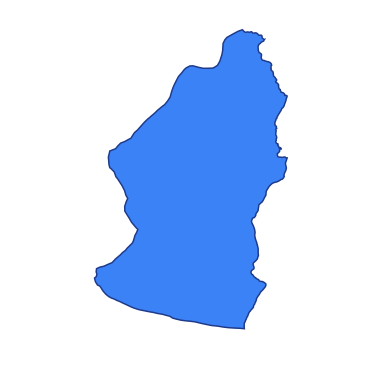 outline of Phaxay, Xiangkhoang, Laos, rotated 256°
{"feature_id": "54806243B24491870004001", "entity_name": "Phaxay", "entity_type": "district", "adm_level": 2, "iso_a3": "LAO", "parent_name": "Laos", "parent_adm1": "Xiangkhoang", "projection": "equal_earth", "projection_center": [103.113, 19.269], "detail": "fine", "context": "isolated", "style": "filled", "palette": "blue", "viewbox_px": 384, "rotation_deg": 256, "n_neighbors": 0, "source": "geoboundaries", "source_scale": "gbopen_adm2", "svg_char_len": 6009}
<svg xmlns="http://www.w3.org/2000/svg" viewBox="0 0 384 384"><g transform="rotate(256 192 192)"><path d="M310.1,291.9L310.8,291.1L311.3,290.8L313.2,290.6L316.9,291.2L317.7,291.6L318.1,292.0L318.6,292.2L319.0,292.6L319.9,294.5L320.3,295.0L320.7,295.7L321.0,297.5L321.3,298.2L321.8,298.5L322.2,298.8L322.3,299.1L322.5,299.3L322.5,299.2L323.0,298.4L323.6,298.0L324.5,297.5L325.2,297.4L326.0,297.6L326.7,297.6L327.1,297.4L327.4,297.1L327.6,296.4L327.7,295.7L327.9,294.9L328.3,294.5L329.5,294.0L330.5,293.1L330.9,292.6L331.1,292.0L331.2,290.5L331.4,289.8L331.6,289.4L332.6,288.9L333.1,288.5L333.2,287.6L333.1,286.7L333.1,286.1L333.8,285.0L333.9,284.2L334.0,282.9L334.1,282.4L334.4,282.0L334.8,281.6L336.9,280.4L337.3,280.0L337.2,279.9L336.8,275.6L335.4,270.0L333.5,263.2L331.6,260.6L328.6,258.1L321.9,256.0L318.5,254.5L312.4,250.8L310.5,249.1L308.7,247.3L307.7,244.4L307.2,242.4L307.8,239.1L309.4,232.6L311.2,228.9L313.2,225.3L314.3,223.2L314.8,220.3L313.8,216.3L312.5,213.9L310.5,211.4L307.3,206.8L303.0,203.0L300.4,200.8L298.1,199.0L294.3,196.5L289.5,193.8L286.4,190.6L283.3,186.5L282.5,184.4L279.7,178.5L277.3,174.4L273.6,166.9L271.7,163.5L269.8,160.6L265.3,154.1L263.6,150.7L261.9,148.8L259.0,145.8L258.4,143.3L257.2,138.8L256.7,134.6L254.6,131.1L252.5,128.4L251.7,122.2L246.1,119.3L238.7,118.1L235.5,118.1L233.9,119.3L230.3,121.4L225.2,121.9L222.6,123.1L215.3,125.6L209.8,126.9L204.8,127.1L201.3,128.1L198.6,125.9L194.3,123.2L189.7,122.2L181.6,124.8L177.3,126.0L171.5,128.8L168.8,130.4L166.2,128.5L163.6,126.1L159.2,123.6L156.9,121.8L153.2,115.5L151.4,113.2L150.0,109.9L148.4,107.4L145.7,101.9L142.8,97.4L142.0,92.2L141.3,88.7L141.4,84.4L140.7,80.8L137.7,79.7L135.2,79.8L133.1,78.7L132.1,76.6L128.3,76.6L124.6,77.8L123.3,79.5L122.3,80.1L117.5,81.7L113.6,83.7L111.2,85.5L109.5,87.1L108.3,88.6L107.4,90.0L106.0,91.8L105.0,92.8L103.9,94.5L102.3,96.5L100.9,98.1L98.8,100.8L94.8,105.7L93.1,108.1L90.5,112.4L85.9,122.1L84.4,125.6L82.9,128.3L80.3,134.2L78.8,136.7L76.9,140.3L74.1,143.0L73.7,143.9L72.8,145.4L70.3,150.3L68.9,153.8L66.9,159.3L65.3,163.5L61.9,170.0L57.8,178.5L55.6,184.6L53.3,189.9L51.4,195.0L50.0,199.4L48.2,205.4L46.7,209.7L47.0,209.7L49.7,210.3L51.5,210.8L52.4,211.3L53.3,212.2L54.6,213.0L55.7,214.0L57.1,214.9L58.2,216.1L59.1,216.5L59.5,217.0L60.4,217.5L61.3,218.2L61.7,218.7L62.4,219.8L63.6,221.1L64.0,222.0L65.3,223.7L66.2,224.0L67.3,224.7L68.3,225.9L68.9,226.1L69.2,226.3L69.8,227.0L70.1,227.3L70.7,227.5L71.6,228.3L73.0,228.8L75.5,231.4L76.1,232.3L76.8,233.0L77.7,233.6L77.9,233.9L78.7,235.0L80.1,237.3L82.3,240.2L83.1,240.8L83.9,241.2L84.6,241.4L84.9,241.4L85.3,241.3L86.7,240.2L87.5,239.4L88.2,238.4L88.9,236.5L89.1,236.2L89.5,235.8L89.9,235.6L90.7,235.5L91.4,234.8L92.1,233.8L92.7,233.3L93.2,233.2L93.6,232.7L94.1,232.4L94.4,231.9L94.8,231.7L95.5,231.4L96.0,231.3L96.5,231.0L96.8,231.0L97.2,230.7L97.6,230.3L98.0,230.0L99.8,229.7L100.8,230.3L101.4,230.9L101.8,231.7L102.1,232.5L102.4,233.3L103.1,233.8L103.5,233.9L104.5,233.9L105.4,233.8L106.5,233.9L107.2,233.8L108.1,234.2L108.6,234.8L108.9,235.6L109.3,236.1L109.6,236.9L111.1,239.0L112.4,239.9L113.3,240.2L114.0,241.0L118.0,241.7L120.1,242.3L121.3,242.5L125.3,242.6L126.3,242.4L127.2,242.6L128.4,242.4L130.9,242.2L134.2,242.3L135.3,242.5L136.4,243.0L137.5,243.4L140.3,243.7L143.9,243.4L147.9,242.6L149.0,242.6L149.9,243.0L150.6,243.6L151.6,244.0L152.2,245.4L152.1,246.3L153.7,248.1L154.6,248.4L155.8,249.1L157.2,250.9L158.4,251.8L160.6,252.6L162.0,253.3L163.4,253.8L165.7,258.0L167.1,259.4L169.4,261.3L171.1,263.0L172.6,263.4L174.9,264.3L176.1,265.4L179.1,268.6L180.5,271.1L181.0,272.2L181.3,274.2L181.3,277.0L181.7,279.0L182.2,280.5L182.7,281.3L182.5,282.1L182.7,282.9L183.1,283.6L183.8,284.4L184.7,285.2L186.5,285.4L188.5,286.8L190.0,288.1L192.4,289.4L196.3,289.5L197.6,289.7L199.0,290.7L202.1,292.6L202.2,292.4L202.3,291.8L202.5,291.4L202.8,291.2L203.3,290.9L203.5,290.6L203.7,289.6L203.7,288.2L203.7,287.9L204.1,287.2L204.4,286.3L204.9,284.6L205.2,284.2L205.3,284.0L205.9,283.8L207.3,283.8L208.1,284.0L208.5,284.0L209.4,285.7L209.7,286.2L210.1,286.6L210.4,286.9L210.7,287.0L211.5,287.0L211.8,287.5L212.2,287.7L212.3,287.9L212.3,288.1L212.2,288.6L212.1,288.9L212.3,289.0L212.5,289.0L212.8,289.0L213.3,288.7L213.6,288.5L213.7,288.1L213.7,287.3L213.8,287.1L214.3,287.1L215.3,287.2L215.6,287.1L216.4,286.4L216.6,286.4L216.8,286.4L217.1,286.6L217.5,287.1L218.0,286.9L218.6,286.0L219.0,285.7L219.7,285.5L220.2,285.4L220.5,285.5L221.3,285.9L221.7,286.3L222.4,286.3L222.7,286.4L224.1,287.3L224.6,287.4L226.1,287.4L226.6,287.2L227.1,287.1L228.2,287.4L228.8,287.5L229.3,287.7L230.6,288.3L231.1,288.5L231.9,288.4L232.2,288.4L232.5,288.6L232.8,288.8L233.1,289.5L233.3,289.6L233.7,289.3L233.9,289.3L234.6,289.6L235.1,289.7L235.5,289.6L236.5,288.9L236.9,288.8L237.2,288.8L238.1,289.0L239.0,289.0L239.6,289.5L240.5,290.0L241.2,290.6L242.1,290.9L242.9,292.0L243.0,291.9L243.7,292.3L245.7,294.1L249.8,298.3L251.2,299.3L252.0,300.8L252.9,301.8L253.5,302.3L254.9,303.1L256.7,304.4L257.9,305.2L259.4,305.9L261.5,307.3L262.1,307.4L262.5,307.4L262.9,306.9L263.0,305.9L263.2,305.5L263.3,305.4L264.2,305.6L265.4,305.1L265.9,304.7L266.4,304.2L266.6,303.9L266.8,303.4L267.0,303.1L267.6,302.5L267.9,302.4L268.3,302.5L268.6,302.4L269.0,302.3L270.1,302.4L270.9,301.5L271.2,301.5L272.1,301.5L272.6,301.4L273.6,301.6L274.3,301.6L274.4,301.8L274.7,301.9L275.2,301.9L275.6,301.8L277.0,301.1L277.8,300.2L278.7,299.8L279.1,300.0L279.2,300.4L279.6,300.9L279.9,301.1L280.4,301.3L280.9,301.0L281.3,301.0L281.9,300.5L282.2,300.4L283.0,300.4L284.3,299.5L284.8,299.2L285.3,299.2L285.9,299.4L286.8,299.4L287.5,299.6L288.4,299.6L289.5,299.5L290.8,298.4L291.4,298.2L291.6,298.2L292.3,298.7L292.8,298.6L293.0,298.7L293.6,298.6L293.9,298.8L294.5,299.0L295.1,299.3L295.6,299.9L295.9,299.9L296.1,299.8L296.4,300.0L297.0,300.0L298.5,299.3L299.6,298.1L300.5,296.3L301.1,295.3L301.4,294.7L302.1,294.0L302.7,292.5L303.4,291.9L304.3,291.7L306.2,291.7L306.8,292.1L307.8,292.5L308.0,292.5L308.7,292.7L309.3,292.5L310.1,291.9Z" fill="#3b82f6" stroke="#1e3a8a" stroke-width="1.5"/></g></svg>